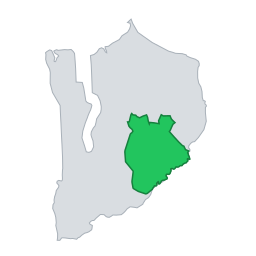 location of Matam within Senegal, rotated 87°
{"feature_id": "SEN-767", "entity_name": "Matam", "entity_type": "Region", "adm_level": 1, "iso_a3": "SEN", "parent_name": "Senegal", "parent_adm1": "", "projection": "mercator", "projection_center": [-13.497, 15.275], "detail": "fine", "context": "in_parent", "style": "filled", "palette": "green", "viewbox_px": 256, "rotation_deg": 87, "n_neighbors": 0, "source": "natural_earth", "source_scale": "10m", "svg_char_len": 5206}
<svg xmlns="http://www.w3.org/2000/svg" viewBox="0 0 256 256"><g transform="rotate(87 128 128)"><path d="M204.9,117.2L208.2,123.1L207.5,125.9L206.8,130.0L208.6,133.0L210.8,135.0L212.4,136.7L214.2,139.2L214.4,144.1L214.1,147.7L215.2,149.3L216.2,151.3L216.0,153.0L215.4,154.4L213.3,156.4L212.9,160.1L216.3,164.5L218.6,166.9L218.5,168.3L219.1,169.8L220.8,171.6L221.8,171.2L222.9,169.7L223.4,168.7L226.3,169.2L227.7,169.6L229.6,172.5L230.3,174.5L230.8,176.9L232.7,179.9L234.5,182.0L234.8,183.4L236.4,185.1L235.4,189.1L235.5,191.2L234.5,196.5L234.2,199.1L234.3,200.0L236.6,201.9L236.4,204.6L234.0,204.1L229.9,203.8L221.6,205.2L218.8,204.6L213.3,204.8L209.5,205.6L204.5,207.4L200.7,206.9L198.7,205.5L196.0,205.6L192.9,204.9L189.7,203.6L186.7,202.9L183.5,200.4L182.0,200.0L180.9,200.6L180.0,201.4L179.1,202.0L177.4,201.5L176.7,199.8L177.2,198.2L177.4,197.0L176.6,196.3L174.6,196.1L171.5,196.1L166.4,195.6L165.2,195.3L153.8,194.9L141.9,194.8L131.9,194.8L119.2,194.7L110.3,194.7L102.0,194.6L95.6,197.9L88.6,201.5L79.3,203.4L68.5,202.7L65.1,203.2L61.5,204.8L58.9,205.9L55.2,206.6L50.4,206.1L48.5,206.4L47.3,204.8L45.9,202.1L46.7,200.2L49.7,199.0L54.1,197.4L56.4,198.2L57.7,198.2L58.0,197.2L57.5,196.6L54.2,195.2L52.5,193.4L51.1,194.4L49.8,196.7L48.8,197.4L47.3,198.1L46.5,196.5L46.1,195.0L46.8,193.8L46.4,187.3L46.8,183.8L46.6,180.7L48.7,178.7L50.7,177.5L58.4,177.3L65.5,177.2L72.4,177.3L79.4,177.4L80.1,171.3L82.4,170.8L85.7,170.1L91.9,169.4L98.8,168.7L100.3,167.5L101.4,165.5L102.1,163.6L103.6,162.9L105.5,163.5L108.0,164.4L110.7,165.9L113.7,167.3L115.7,168.1L120.5,170.3L128.7,173.3L135.5,174.5L143.7,172.3L149.6,170.9L150.3,168.3L149.4,165.7L145.0,163.3L139.0,163.6L137.2,164.2L134.4,165.0L132.7,165.3L129.9,164.8L126.3,162.7L124.1,160.7L120.9,159.7L117.2,158.8L111.2,154.5L108.0,153.8L105.1,153.6L99.4,154.4L93.8,156.7L90.9,161.8L85.3,161.7L73.5,161.5L62.7,161.4L53.7,161.7L52.8,158.0L50.7,155.1L47.3,152.5L46.5,150.2L47.7,148.1L51.0,146.5L51.8,145.3L50.0,145.4L47.4,146.5L45.6,146.6L45.4,143.3L42.5,139.1L39.2,132.0L35.5,129.1L32.3,123.4L29.1,121.2L26.1,120.1L23.5,120.4L22.6,123.0L19.4,119.2L23.7,117.9L33.1,113.1L43.8,99.5L53.4,83.4L54.7,79.6L55.9,76.7L56.6,70.0L58.0,66.1L59.3,65.4L60.9,62.3L62.9,57.0L65.1,54.1L67.6,53.5L69.6,53.7L71.0,54.8L75.0,55.5L81.8,55.8L87.0,55.0L90.7,53.1L95.5,52.2L101.5,52.2L104.6,51.4L104.9,49.9L105.7,49.4L106.9,50.0L108.1,49.8L109.2,48.7L110.3,48.6L111.4,49.6L116.4,49.9L125.4,49.5L133.6,52.3L141.2,58.2L145.1,62.2L145.3,64.2L146.6,66.2L148.9,68.2L150.9,68.5L152.8,67.3L154.3,67.4L155.3,69.0L157.5,69.3L159.9,68.3L161.6,68.6L161.9,69.6L162.3,70.1L163.5,70.3L165.1,71.4L167.2,74.6L169.0,79.0L170.4,84.6L172.2,87.7L174.5,88.2L175.8,89.3L176.1,90.7L176.7,91.6L177.8,92.1L179.7,91.8L182.0,93.7L184.4,97.8L184.7,99.7L184.4,100.7L184.5,101.4L186.1,102.1L187.6,103.4L188.9,105.5L191.5,107.3L195.6,108.8L198.6,111.2L200.4,114.3L204.1,116.9L204.9,117.2Z" fill="#d9dde1" stroke="#a8b0b8" stroke-width="1"/><path d="M154.1,68.6L154.3,68.7L154.6,68.9L154.8,69.0L155.0,69.3L155.3,69.4L155.6,69.6L155.9,69.7L156.1,69.7L157.1,69.1L157.3,69.1L158.0,69.1L158.4,69.0L159.4,68.5L161.3,68.1L161.8,67.9L162.0,67.9L162.4,67.9L162.5,68.4L161.9,69.6L161.8,70.1L162.2,70.4L163.4,69.9L164.0,69.9L164.2,70.1L164.4,70.6L164.6,70.8L165.6,71.4L165.8,71.7L165.9,72.0L165.9,72.6L166.0,72.9L166.5,74.1L166.7,74.5L167.0,74.9L167.3,75.2L168.2,75.9L168.4,76.2L168.4,76.5L168.4,76.8L168.3,77.4L168.3,77.7L168.4,78.0L168.5,78.2L169.1,78.9L169.5,79.5L169.6,80.1L169.6,80.8L169.6,81.1L169.4,81.4L169.4,81.8L169.4,82.1L169.6,82.3L169.8,82.5L170.4,82.8L170.7,83.1L170.9,83.3L171.3,83.9L171.5,84.2L171.5,84.5L171.4,84.8L170.9,85.6L170.8,85.9L170.7,86.2L170.8,86.5L171.1,87.4L171.7,87.4L172.7,87.2L173.2,87.3L173.5,87.4L174.1,87.8L174.4,87.9L175.2,88.2L175.6,88.4L176.0,88.8L176.3,89.2L176.4,89.7L176.2,91.1L176.2,91.4L176.2,91.7L176.4,92.1L176.6,92.2L177.6,92.5L178.1,92.4L178.7,92.1L179.1,91.7L179.7,91.4L180.2,91.4L180.8,91.6L181.0,91.9L181.1,92.2L181.3,93.2L181.4,93.5L181.7,93.9L181.9,94.2L181.9,94.5L182.0,95.7L182.1,96.3L182.4,96.9L182.8,97.4L184.9,98.8L185.4,99.3L185.6,99.9L185.4,100.4L184.8,100.5L183.6,100.4L183.2,100.6L183.5,101.1L184.3,101.9L184.6,102.1L184.9,102.3L185.2,102.3L186.0,102.1L186.4,102.1L186.7,102.2L187.0,102.4L187.2,102.7L187.3,103.0L187.3,103.3L187.1,104.2L187.1,104.5L187.3,104.8L188.2,105.2L188.5,105.5L189.5,106.5L190.5,106.9L190.6,107.1L194.3,112.1L194.5,112.7L194.7,113.5L194.7,113.8L194.6,114.1L191.9,121.0L189.0,125.4L188.6,125.9L188.2,126.1L182.8,126.8L181.3,126.8L171.8,125.1L171.4,125.2L171.1,125.3L161.9,132.0L161.5,132.2L151.8,132.4L150.1,132.1L134.7,126.2L134.1,125.9L133.5,125.4L133.2,124.7L131.6,123.3L130.2,123.7L129.6,124.0L129.0,124.6L127.9,125.8L126.2,127.0L121.9,128.1L121.9,127.6L121.9,127.1L121.9,126.7L121.6,126.4L121.1,126.2L115.3,124.5L114.4,124.1L113.7,123.5L115.1,122.5L115.6,119.6L117.1,118.5L118.4,115.9L116.9,112.4L115.9,108.8L118.3,107.9L122.3,107.4L125.1,106.5L123.6,105.8L124.2,101.8L125.3,96.7L122.4,97.1L116.5,94.1L117.8,92.1L118.0,85.4L119.1,85.0L120.9,84.4L122.3,83.4L125.1,80.8L126.6,82.9L129.6,84.5L132.3,85.8L133.7,86.9L138.9,82.8L144.6,78.1L148.5,74.5L149.0,73.2L152.6,71.7L154.1,68.6Z" fill="#22c55e" stroke="#15803d" stroke-width="1.5"/></g></svg>